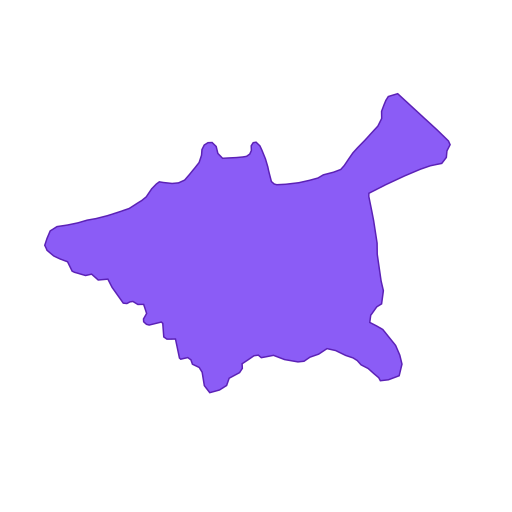 Kananga, Kasaï-Occidental, Democratic Republic of the Congo (Albers equal-area conic projection), rotated 352°
{"feature_id": "63176286B7058717383424", "entity_name": "Kananga", "entity_type": "district", "adm_level": 2, "iso_a3": "COD", "parent_name": "Democratic Republic of the Congo", "parent_adm1": "Kasaï-Occidental", "projection": "albers", "projection_center": [22.453, -5.896], "detail": "fine", "context": "isolated", "style": "filled", "palette": "violet", "viewbox_px": 512, "rotation_deg": 352, "n_neighbors": 0, "source": "geoboundaries", "source_scale": "gbopen_adm2", "svg_char_len": 2511}
<svg xmlns="http://www.w3.org/2000/svg" viewBox="0 0 512 512"><g transform="rotate(352 256 256)"><path d="M48.3,216.0L49.4,219.5L49.8,221.2L52.1,223.8L55.7,227.8L58.1,229.4L61.8,231.8L68.6,235.5L71.8,245.4L73.3,246.4L73.8,246.8L77.7,248.5L78.5,248.9L84.5,251.6L90.7,251.1L96.4,257.8L98.3,257.9L106.1,258.3L109.1,267.0L113.5,275.5L118.0,284.2L121.5,285.1L122.4,284.8L124.7,283.9L126.3,283.9L127.8,283.9L132.2,287.5L138.0,288.3L138.7,292.0L139.7,297.7L135.8,302.7L135.8,302.9L135.6,305.5L138.0,308.4L140.6,309.5L151.4,308.4L153.0,308.2L154.3,309.7L153.4,323.3L156.2,325.9L159.6,326.4L164.7,327.0L165.6,340.4L166.0,346.4L166.1,346.5L167.1,347.7L169.4,347.5L174.3,347.1L176.5,349.2L177.1,349.7L178.0,354.3L184.3,358.5L185.0,360.2L186.5,363.6L186.8,377.2L191.2,384.9L198.2,384.0L201.2,383.6L208.9,380.1L212.4,373.3L218.6,371.0L223.5,369.2L226.1,366.2L226.8,365.5L227.2,361.3L227.2,360.8L233.7,357.7L240.1,354.5L242.3,354.5L244.5,354.5L247.1,357.4L251.9,357.2L259.5,356.8L269.8,362.5L282.8,366.7L288.9,366.9L294.1,364.3L295.3,363.7L304.4,361.9L313.4,357.6L321.7,360.7L330.9,366.9L337.9,370.4L341.7,373.6L344.9,378.4L351.4,383.0L356.3,388.8L360.6,393.6L361.8,396.8L369.9,397.0L381.1,394.5L385.5,383.4L384.6,374.2L381.8,364.0L371.3,346.4L365.9,342.2L359.4,337.6L361.4,330.5L362.4,329.6L367.4,324.3L368.6,323.1L372.5,321.4L373.7,320.9L377.3,308.1L376.4,298.0L376.3,271.1L377.7,260.1L377.4,237.3L376.9,227.7L376.0,212.8L376.5,209.6L394.2,203.5L414.5,197.3L431.0,192.9L441.2,190.9L452.9,190.1L458.2,184.9L459.0,181.5L459.7,178.5L463.7,172.8L462.6,168.9L456.8,161.4L453.0,156.5L441.7,142.8L418.9,115.0L413.5,115.8L409.2,116.5L406.3,119.9L403.7,124.3L400.5,130.2L399.6,137.3L394.8,144.3L387.1,150.6L379.9,156.6L371.7,162.9L366.3,167.4L361.3,172.8L356.0,178.7L352.0,182.1L344.5,183.8L334.0,185.0L328.2,187.4L319.6,188.5L308.6,189.4L295.4,189.1L286.5,188.3L284.1,187.3L281.6,184.4L280.7,176.5L280.3,172.6L280.1,169.5L278.9,161.3L276.6,152.1L275.2,147.5L271.9,143.3L269.0,143.4L266.6,146.2L266.1,150.9L264.0,154.2L260.5,156.0L256.8,156.1L250.3,155.8L243.6,155.2L236.5,154.6L232.5,149.1L231.8,142.0L228.3,137.5L224.2,137.1L220.2,138.9L217.3,143.1L216.1,148.6L212.7,155.5L207.9,160.1L205.9,161.9L201.5,166.0L195.9,170.9L189.5,172.8L183.0,172.5L174.4,170.3L170.6,169.1L167.4,170.8L162.1,174.9L155.5,182.2L153.3,183.5L150.7,185.1L145.9,187.2L137.0,191.3L126.1,193.4L114.5,195.4L102.7,196.7L93.8,197.0L84.2,198.4L73.7,199.1L63.0,199.2L55.7,202.5L51.5,209.5L48.3,216.0Z" fill="#8b5cf6" stroke="#5b21b6" stroke-width="1.5"/></g></svg>